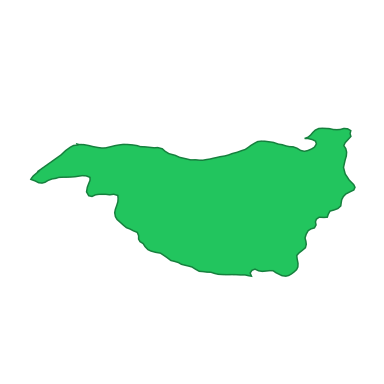 outline of V-1 Mahaica/Mahaicony, Mahaica-Berbice, Guyana, rotated 276°
{"feature_id": "73187651B37503921444880", "entity_name": "V-1 Mahaica/Mahaicony", "entity_type": "district", "adm_level": 2, "iso_a3": "GUY", "parent_name": "Guyana", "parent_adm1": "Mahaica-Berbice", "projection": "robinson", "projection_center": [-57.895, 6.278], "detail": "fine", "context": "isolated", "style": "filled", "palette": "green", "viewbox_px": 384, "rotation_deg": 276, "n_neighbors": 0, "source": "geoboundaries", "source_scale": "gbopen_adm2", "svg_char_len": 2890}
<svg xmlns="http://www.w3.org/2000/svg" viewBox="0 0 384 384"><g transform="rotate(276 192 192)"><path d="M119.1,296.9L120.9,299.4L123.1,301.8L125.7,304.1L128.5,305.1L132.0,304.9L136.7,303.5L139.8,302.8L142.6,304.8L145.2,307.5L148.4,310.6L151.9,311.1L154.9,310.4L158.1,309.2L162.0,310.0L165.7,311.6L167.7,314.1L169.1,317.5L172.2,318.8L175.2,317.9L177.9,318.5L180.2,321.1L180.5,326.0L181.1,329.2L184.0,329.8L187.4,331.2L189.0,335.2L190.8,338.8L193.7,341.4L197.1,341.5L200.0,341.7L203.3,343.0L206.1,345.2L208.8,349.3L210.9,352.7L213.7,353.6L216.3,352.0L218.5,349.3L220.5,346.9L222.8,345.1L225.9,342.5L228.8,341.4L232.3,340.1L235.9,340.5L240.2,341.0L243.9,341.7L247.8,341.6L251.2,340.4L254.0,338.1L257.1,339.2L259.9,341.3L263.9,344.2L266.6,343.1L269.6,343.5L271.1,340.2L271.1,336.5L269.7,333.0L269.1,329.5L268.9,326.0L269.4,321.9L269.2,318.5L269.0,315.0L268.4,311.4L266.4,308.1L263.8,305.9L261.1,304.1L258.7,301.8L257.0,298.4L257.3,301.7L256.7,306.2L255.5,309.5L252.8,310.7L249.4,309.1L247.4,306.6L245.3,302.8L244.2,299.5L244.7,295.6L246.5,291.9L247.5,287.9L247.3,284.2L247.6,280.9L248.5,276.6L248.6,273.0L249.8,267.9L250.0,263.0L250.1,259.3L249.8,255.6L249.0,252.0L247.1,249.2L244.4,245.6L242.3,243.4L239.8,240.4L238.4,237.2L236.2,232.7L234.4,227.9L232.7,224.6L231.2,220.7L230.1,216.5L228.8,212.7L227.8,209.6L226.6,206.3L225.8,203.1L224.7,199.4L224.4,196.1L224.4,192.6L223.8,187.1L224.4,182.6L225.2,175.9L226.7,171.4L227.7,165.1L229.7,160.9L231.9,157.9L232.6,153.2L232.0,149.9L232.0,145.6L232.0,140.8L231.7,135.8L232.4,132.6L232.6,128.0L232.5,122.6L232.1,118.4L231.1,114.3L230.1,110.7L228.5,106.3L226.8,101.4L226.3,97.9L226.4,94.1L226.8,88.7L227.4,84.6L227.8,79.3L227.4,74.6L227.7,72.7L226.7,73.3L225.9,69.4L223.9,66.4L220.0,62.0L215.1,57.8L196.8,37.0L196.7,37.5L191.3,32.4L188.7,30.8L187.7,30.4L186.6,34.9L185.2,38.5L185.2,41.9L186.3,44.8L188.5,47.7L190.4,51.5L191.3,55.0L192.6,58.0L193.2,61.9L193.7,66.2L194.3,70.4L195.0,74.2L196.0,78.0L196.8,81.1L197.0,85.0L195.9,89.0L193.0,89.4L190.0,88.5L185.8,87.4L181.1,87.1L177.5,89.7L177.1,93.0L179.1,96.3L179.9,99.4L180.3,102.6L180.7,106.4L180.6,110.4L181.6,114.4L180.8,118.6L177.8,119.2L174.5,119.3L170.9,118.6L166.8,117.6L163.3,117.3L159.5,118.4L156.8,120.4L154.8,123.2L151.8,127.3L149.7,130.5L148.7,134.2L147.3,137.7L146.1,141.8L142.9,143.5L139.6,143.8L137.2,145.5L135.6,148.8L132.8,151.0L130.1,154.2L129.0,157.3L128.2,162.1L127.9,167.0L126.2,170.3L124.3,173.8L121.7,178.1L121.2,181.8L120.4,185.9L119.0,189.0L118.4,193.1L118.0,196.3L117.4,199.9L115.7,203.3L113.9,207.5L114.0,211.3L113.9,215.3L114.2,219.1L113.4,222.8L112.9,226.8L113.1,231.0L113.4,235.1L114.0,240.1L114.4,244.4L114.6,249.0L115.1,253.3L114.7,256.7L114.5,259.9L117.5,258.3L120.4,259.8L121.9,262.7L120.6,266.5L120.4,270.2L121.1,273.7L121.9,277.4L122.2,280.9L120.6,283.7L119.5,286.7L118.2,290.2L118.1,294.1L119.1,296.9Z" fill="#22c55e" stroke="#15803d" stroke-width="1.5"/></g></svg>